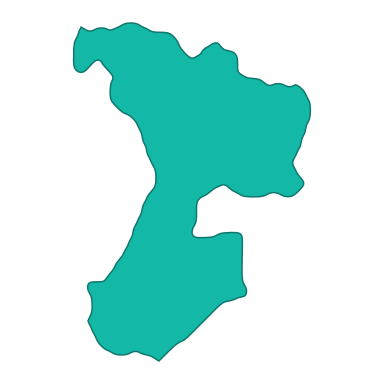 outline of Neyba, Bahoruco, Dominican Republic
{"feature_id": "3306468B5748672743725", "entity_name": "Neyba", "entity_type": "district", "adm_level": 2, "iso_a3": "DOM", "parent_name": "Dominican Republic", "parent_adm1": "Bahoruco", "projection": "orthographic", "projection_center": [-71.416, 18.522], "detail": "fine", "context": "isolated", "style": "filled", "palette": "teal", "viewbox_px": 384, "rotation_deg": 0, "n_neighbors": 0, "source": "geoboundaries", "source_scale": "gbopen_adm2", "svg_char_len": 4591}
<svg xmlns="http://www.w3.org/2000/svg" viewBox="0 0 384 384"><path d="M295.6,84.7L292.6,86.2L290.7,86.7L289.7,86.8L287.7,86.5L285.9,85.9L282.5,84.3L279.4,83.7L277.3,83.7L275.3,83.9L271.0,85.3L269.4,85.5L268.5,85.3L266.7,84.5L261.7,80.8L259.7,79.7L258.7,79.3L255.5,78.7L249.0,78.1L246.9,77.6L246.0,77.2L244.2,76.3L240.2,73.9L238.8,72.6L238.3,71.7L238.0,70.7L237.6,68.6L237.5,60.6L237.2,58.4L236.9,57.2L236.6,56.2L235.5,54.4L234.1,53.0L233.3,52.4L231.4,51.5L226.4,50.3L224.5,49.7L223.7,49.2L221.5,47.4L218.9,44.1L218.3,43.5L217.5,43.1L216.6,42.9L214.7,43.0L213.0,43.6L204.7,48.7L202.7,50.7L200.7,53.6L199.4,54.9L195.5,57.1L193.9,57.9L193.1,58.1L192.1,58.1L191.2,58.0L189.4,57.1L187.8,55.9L185.4,53.7L183.2,51.2L181.1,48.6L179.9,46.8L177.7,41.9L175.8,39.1L174.4,37.4L172.8,35.8L171.0,34.4L170.0,33.8L168.0,33.0L165.8,32.6L163.6,32.4L155.9,32.2L152.6,31.7L150.7,31.0L146.3,28.6L142.5,26.9L138.2,24.4L137.2,24.0L135.2,23.4L133.0,23.1L129.7,23.0L127.5,23.2L125.3,23.6L123.4,24.4L119.9,26.3L118.1,27.2L112.0,29.8L110.3,30.1L108.6,29.8L106.2,28.8L104.4,28.2L102.3,28.0L100.2,28.0L98.1,28.3L97.1,28.5L93.7,30.1L92.0,30.8L91.0,31.0L88.9,31.0L87.9,30.8L86.1,30.0L81.1,27.1L79.2,31.0L77.5,36.0L75.3,40.4L74.6,42.4L74.4,43.6L74.1,46.0L73.8,49.6L73.6,60.8L73.7,63.2L74.0,65.6L74.6,67.8L75.1,68.7L76.3,70.3L77.9,71.5L78.8,71.9L79.8,72.2L80.8,72.3L82.3,72.2L83.0,72.0L84.8,71.1L86.4,69.8L92.8,63.0L95.0,61.1L96.7,60.3L97.4,60.1L98.9,60.2L100.3,60.7L100.9,61.2L102.9,64.3L104.1,65.9L110.3,72.8L111.5,74.3L112.5,75.9L113.0,77.6L112.7,79.3L111.0,83.5L110.6,85.4L110.3,88.5L110.1,92.7L110.3,95.9L110.5,97.9L111.1,99.9L112.1,101.8L114.1,104.2L116.2,106.5L119.3,109.5L121.7,111.5L123.4,112.7L128.1,114.8L130.7,116.5L133.8,119.4L135.2,121.0L136.3,122.6L141.2,132.7L141.8,134.7L142.8,140.0L143.5,141.9L145.6,146.4L146.2,148.4L147.0,152.6L147.7,154.7L150.4,160.0L152.1,163.8L154.0,167.3L154.8,169.1L155.6,172.3L156.0,176.7L155.8,182.3L155.4,184.5L154.8,186.6L154.3,187.6L153.0,189.4L149.4,193.7L148.1,195.5L147.1,197.3L145.8,200.2L143.5,204.6L142.7,206.5L141.7,211.7L141.1,213.7L138.4,219.0L136.7,222.9L134.0,228.2L133.4,230.2L132.6,234.4L132.0,236.4L129.3,241.7L127.7,245.6L124.8,250.8L123.5,253.6L122.5,255.5L116.3,263.5L114.0,268.2L112.8,270.1L107.9,276.2L105.7,279.3L104.4,280.7L102.7,281.5L100.7,281.8L93.5,281.9L91.6,282.1L89.8,282.7L89.0,283.3L88.4,284.1L88.0,285.0L87.7,285.9L87.6,286.9L87.8,288.9L88.3,290.8L90.5,295.1L91.3,297.0L91.9,300.3L92.2,305.9L92.1,309.2L91.6,312.5L90.9,314.4L88.0,320.9L89.0,323.5L91.2,327.8L92.8,331.7L95.2,336.1L96.9,339.9L97.9,341.8L99.2,343.6L101.5,346.2L104.1,348.4L106.0,349.6L109.8,351.4L113.3,353.3L115.1,354.1L117.2,354.7L119.4,354.9L122.7,354.9L126.0,354.6L128.0,354.0L131.5,352.4L133.2,351.7L135.3,351.4L137.3,351.6L139.1,352.3L141.7,353.5L143.5,354.2L148.7,355.4L150.8,356.1L152.6,357.0L158.9,361.0L170.9,349.1L175.2,345.2L177.0,343.8L178.8,342.6L183.6,340.3L185.4,339.0L188.0,336.7L193.0,331.8L217.1,307.6L219.7,305.2L221.5,303.8L223.3,302.5L225.4,301.7L231.6,300.4L233.6,299.7L238.0,297.8L243.6,296.4L244.4,296.0L245.2,295.4L245.8,294.6L246.2,293.7L246.5,291.8L246.5,290.8L246.2,288.8L245.5,286.9L243.2,282.6L242.6,280.5L242.2,277.0L242.0,273.5L242.0,267.5L242.4,240.2L242.1,237.1L241.4,235.1L240.7,234.3L239.9,233.6L238.0,232.9L235.9,232.6L231.3,232.5L225.4,232.8L221.9,233.2L220.8,233.5L218.8,234.2L214.4,236.4L212.2,237.0L208.7,237.4L201.6,237.7L197.2,237.5L195.2,237.1L194.3,236.6L193.4,236.0L192.8,235.1L192.4,234.2L192.2,233.3L192.1,232.3L192.3,230.3L192.8,228.3L195.0,224.1L195.8,222.1L196.0,221.0L196.4,218.7L196.5,216.4L196.5,208.1L196.7,204.6L197.1,202.4L197.5,201.3L198.6,199.6L199.3,198.9L200.7,197.6L202.5,196.5L205.2,195.3L207.1,194.1L214.1,188.6L216.0,187.6L221.3,185.3L222.9,184.8L223.8,184.8L224.8,185.0L225.7,185.3L227.4,186.4L231.5,189.8L233.3,191.0L237.1,192.9L240.6,194.9L242.4,195.7L244.6,196.3L246.9,196.6L252.8,196.9L258.7,196.7L262.2,196.3L264.4,195.7L269.7,193.2L271.7,192.7L273.9,192.6L276.0,192.8L278.0,193.3L282.4,195.5L284.3,196.2L287.5,196.7L289.6,196.6L290.7,196.4L291.8,196.1L293.7,195.1L295.5,193.8L297.2,192.4L301.0,188.5L302.3,186.9L303.3,185.2L303.6,184.3L303.7,183.3L303.6,182.3L303.2,181.4L302.2,179.7L298.1,174.7L297.0,172.9L293.3,165.8L292.8,163.8L292.8,161.8L293.1,160.7L293.8,159.0L295.6,155.6L297.3,151.8L300.1,146.5L300.7,144.5L301.8,139.3L302.5,137.4L304.7,132.9L305.2,130.9L306.1,126.7L306.7,124.7L309.3,119.4L309.8,117.3L310.2,114.0L310.4,109.5L310.2,106.2L309.7,102.9L309.0,100.9L306.7,96.5L305.4,93.7L304.3,91.8L302.9,90.0L300.4,87.6L298.6,86.2L295.6,84.7Z" fill="#14b8a6" stroke="#0f766e" stroke-width="1.5"/></svg>